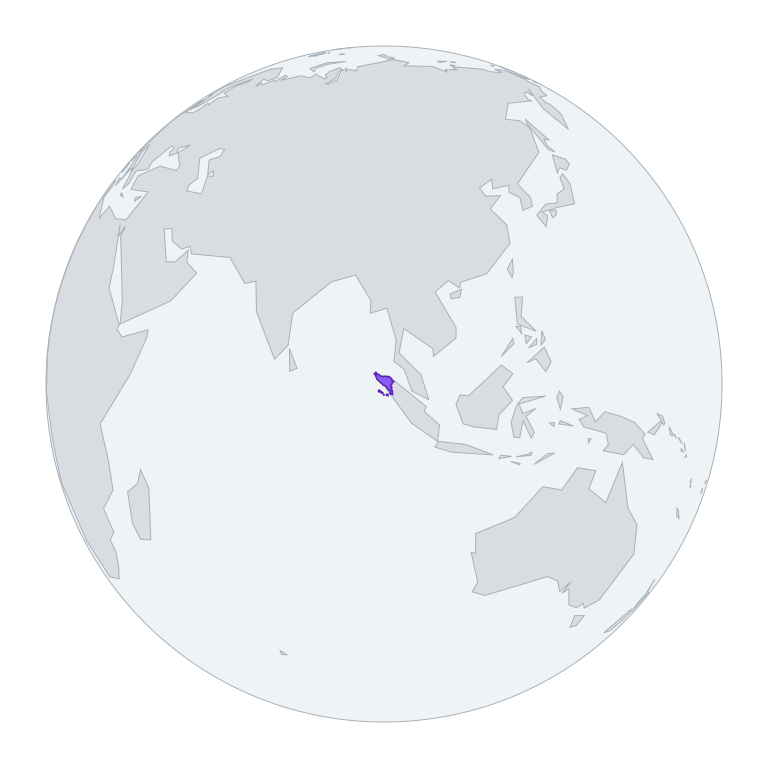 Aceh highlighted on a globe, orthographic projection
{"feature_id": "IDN-1136", "entity_name": "Aceh", "entity_type": "Autonomous Province", "adm_level": 1, "iso_a3": "IDN", "parent_name": "Indonesia", "parent_adm1": "", "projection": "orthographic", "projection_center": [96.646, 3.962], "detail": "fine", "context": "on_globe", "style": "filled", "palette": "violet", "viewbox_px": 768, "rotation_deg": 0, "n_neighbors": 0, "source": "natural_earth", "source_scale": "10m", "svg_char_len": 11864}
<svg xmlns="http://www.w3.org/2000/svg" viewBox="0 0 768 768"><circle cx="384" cy="384" r="338" fill="#eef3f6" stroke="#a8b0b8"/><path d="M706.5,479.9L705.9,482.3L705.7,482.6L706.5,479.9ZM528.1,78.3L522.6,75.9L520.0,74.6L528.1,78.3ZM513.4,71.8L507.8,69.7L498.7,66.1L513.4,71.8ZM552.4,91.0L551.0,90.2L550.4,89.9L552.4,91.0ZM537.2,83.0L533.2,81.3L535.3,82.0L537.2,83.0ZM529.7,79.7L520.2,76.6L526.0,79.7L504.5,70.3L519.6,75.4L521.3,75.5L524.5,77.3L529.7,79.7ZM494.1,66.2L490.2,65.0L492.2,65.3L494.1,66.2ZM112.5,182.9L115.7,180.4L114.6,183.0L103.7,197.8L99.0,218.4L109.6,206.2L115.6,218.6L126.1,219.7L148.1,192.0L130.9,189.4L138.1,175.8L160.1,166.2L176.6,170.5L179.9,165.4L178.0,152.8L190.5,144.9L178.4,148.0L176.8,153.3L169.2,155.9L170.1,151.4L174.5,148.4L172.0,145.7L151.7,162.1L148.0,169.2L136.1,171.1L128.7,183.6L122.4,189.0L132.5,170.1L138.1,163.5L149.7,144.4L142.6,151.2L131.3,170.2L130.9,168.5L121.3,179.5L128.3,169.8L142.6,148.9L137.6,152.7L137.0,153.4L170.2,122.3L181.2,114.0L183.2,113.3L200.6,101.3L204.0,99.8L192.7,107.0L186.0,112.3L192.5,112.9L197.3,110.6L208.1,103.2L208.6,105.0L218.2,97.9L228.0,96.4L224.1,92.9L236.7,85.8L249.3,81.4L252.8,78.8L232.2,86.4L224.6,90.2L219.2,94.3L198.0,106.3L193.1,108.1L212.7,94.4L207.9,96.1L225.3,86.1L270.2,69.3L282.6,67.7L277.1,77.7L267.1,81.0L264.1,78.7L255.5,86.6L261.6,83.1L262.0,85.1L274.1,80.3L275.0,81.6L285.2,75.3L287.5,76.4L281.0,80.4L301.0,75.7L309.3,77.8L313.4,76.2L315.4,74.0L324.5,78.9L327.2,77.7L325.2,75.4L329.2,71.8L339.7,67.6L342.3,69.5L338.8,71.2L335.5,78.5L325.9,83.7L328.0,84.2L336.9,80.2L341.0,71.2L346.7,68.3L346.2,72.0L346.8,70.4L350.4,69.6L356.4,70.9L357.6,66.8L393.7,59.6L408.8,62.6L404.3,65.9L432.3,66.4L447.2,72.0L445.3,69.6L457.5,69.7L453.0,67.8L453.0,66.8L482.1,69.1L490.9,71.9L501.4,72.4L500.4,71.5L494.5,69.2L504.5,70.3L526.0,79.7L527.0,81.1L539.7,86.9L540.4,89.8L546.7,95.7L540.0,97.0L545.7,102.5L550.0,104.3L561.0,113.9L568.4,129.3L543.2,108.6L528.3,88.9L532.7,95.6L526.0,92.0L524.0,93.5L527.7,99.1L531.6,100.9L508.1,103.3L505.4,119.3L519.5,120.6L529.6,127.6L538.9,152.3L517.4,183.8L530.7,197.9L532.4,206.4L522.8,210.3L520.0,197.8L509.1,192.2L509.0,185.1L492.7,188.9L491.8,179.1L479.5,187.8L485.7,196.2L500.4,195.7L490.1,208.8L506.7,224.9L510.0,243.2L486.7,273.8L460.9,282.1L459.6,288.1L448.6,280.5L435.0,291.8L456.2,327.9L455.9,338.2L433.5,356.4L432.8,348.7L403.8,328.5L399.0,352.9L421.0,374.6L428.6,399.5L411.9,391.0L404.1,369.2L393.9,361.4L396.2,340.0L386.9,308.2L370.1,313.3L371.0,300.8L355.6,275.0L331.2,281.9L292.7,313.2L288.0,345.4L274.5,359.1L256.5,311.8L255.9,281.1L244.7,283.4L230.1,257.5L191.4,253.9L190.1,246.1L181.9,249.2L172.3,241.0L171.9,228.6L164.2,228.9L166.3,261.9L175.1,261.9L188.3,250.1L186.8,261.9L196.6,273.3L170.7,300.9L120.1,323.9L122.3,299.8L120.7,235.1L124.7,228.4L125.0,227.6L125.4,226.2L117.9,237.0L120.1,225.0L113.3,268.6L109.0,287.7L119.3,325.3L116.6,328.9L122.0,337.0L148.1,329.8L146.7,337.8L130.0,374.5L100.1,424.0L108.2,459.7L113.1,489.9L103.6,508.5L113.8,532.0L110.2,539.5L116.2,552.8L118.6,566.3L119.2,578.6L110.1,577.1L102.2,564.9L86.5,540.6L61.5,482.7L56.0,457.1L52.1,436.8L46.4,391.4L47.1,367.2L47.4,356.7L47.1,358.3L49.7,334.7L54.0,311.4L59.9,288.5L67.4,266.0L76.4,244.1L87.0,222.8L99.0,202.4L112.5,182.9ZM186.7,190.9L201.4,193.9L207.4,176.1L213.5,176.2L213.3,170.6L207.7,174.9L209.1,160.2L220.0,156.5L224.6,149.6L219.9,148.4L199.8,158.0L197.7,178.5L189.0,184.9L186.7,190.9ZM181.3,113.6L180.2,114.5L176.7,117.1L181.3,113.6ZM342.5,48.6L335.6,49.6L333.4,49.9L342.5,48.6ZM352.9,47.5L346.0,48.2L346.9,48.1L352.9,47.5ZM119.6,177.8L119.9,178.6L121.7,178.2L115.7,185.7L119.6,177.8ZM128.9,163.5L130.0,162.7L122.4,172.0L122.2,171.6L128.9,163.5ZM137.2,154.9L130.7,161.9L134.0,157.9L137.2,154.9ZM194.5,106.2L196.5,105.5L194.2,107.2L190.1,109.8L194.5,106.2ZM308.2,56.8L310.7,55.7L312.9,55.3L323.4,52.6L326.6,52.7L321.4,54.3L308.2,56.8ZM141.5,196.3L134.6,201.2L134.7,198.4L137.0,197.2L141.5,196.3ZM121.7,192.8L123.1,197.0L120.0,194.8L121.7,192.8ZM313.3,56.3L317.3,55.1L316.4,56.0L313.3,56.3ZM329.4,52.7L329.4,53.4L328.2,52.4L329.4,52.7ZM280.1,650.6L287.0,654.7L281.9,654.7L280.1,650.6ZM148.8,488.1L150.8,539.9L140.7,539.3L132.6,523.5L127.6,491.9L137.4,483.8L140.5,469.8L148.8,488.1ZM510.6,461.3L520.1,463.4L519.6,464.9L510.6,461.3ZM500.7,455.2L511.7,456.4L498.7,458.6L500.7,455.2ZM516.0,456.8L527.2,454.5L532.0,452.2L531.0,455.4L516.0,456.8ZM493.2,454.9L451.5,452.2L434.9,447.1L438.9,441.5L465.9,444.5L493.2,454.9ZM437.6,441.3L412.0,423.7L376.1,375.0L388.9,376.4L426.3,406.6L424.0,411.4L439.5,425.0L437.6,441.3ZM499.1,414.7L496.5,429.5L473.7,426.9L463.2,423.9L456.0,404.4L460.1,394.9L468.7,395.7L501.4,365.1L512.9,373.7L503.1,386.8L512.5,400.3L499.1,414.7ZM289.4,348.5L297.1,368.4L289.7,371.2L289.4,348.5ZM514.0,343.4L501.2,356.6L512.7,338.6L514.0,343.4ZM520.5,326.4L521.6,333.5L516.0,326.3L520.5,326.4ZM459.8,297.5L450.7,298.6L450.2,293.8L461.5,289.5L459.8,297.5ZM512.4,259.1L513.3,273.0L512.0,277.6L507.3,268.9L512.4,259.1ZM345.7,61.5L327.5,64.4L316.6,68.0L313.6,71.8L310.0,68.4L326.9,62.8L345.7,61.5ZM387.4,59.2L389.9,57.0L394.0,57.9L394.0,58.6L387.4,59.2ZM385.3,57.9L378.6,55.6L383.4,54.4L387.7,56.4L385.3,57.9ZM345.3,54.0L339.7,54.7L340.6,53.8L345.3,54.0ZM631.0,609.4L630.2,612.3L620.9,621.5L610.0,630.6L603.7,632.9L631.0,609.4ZM570.0,627.3L574.7,615.7L584.4,615.6L576.1,625.5L570.0,627.3ZM638.2,602.5L646.7,592.5L654.8,579.2L647.9,591.5L648.7,592.7L631.4,611.7L638.2,602.5ZM547.9,576.5L484.8,595.5L472.1,591.8L477.8,582.3L471.2,552.5L475.5,553.3L475.8,533.5L514.5,517.6L543.0,486.7L561.7,490.0L577.5,467.7L595.9,470.8L588.8,488.8L605.9,502.7L622.4,462.4L627.9,507.8L637.0,525.1L633.8,554.1L599.3,599.9L584.1,608.1L583.4,603.3L576.5,607.7L568.9,604.9L569.0,588.8L562.0,593.2L570.8,581.9L559.7,591.6L557.8,581.3L547.9,576.5ZM676.9,508.3L678.3,509.9L679.0,518.4L676.8,516.4L676.9,508.3ZM702.5,488.2L701.9,492.1L700.9,492.7L702.5,488.2ZM705.7,482.6L704.6,483.7L706.5,479.9L705.7,482.6ZM690.5,483.8L690.8,486.8L690.0,487.6L690.5,483.8ZM690.0,482.7L691.7,478.4L690.8,482.9L690.0,482.7ZM684.9,457.0L686.3,454.9L686.6,456.7L684.9,457.0ZM534.0,464.4L547.6,453.6L554.6,453.1L534.0,464.4ZM683.7,451.8L680.8,450.9L681.3,448.6L683.7,451.8ZM684.4,446.3L684.4,442.9L685.5,451.1L684.4,446.3ZM679.1,437.9L682.5,444.4L678.7,438.6L679.1,437.9ZM676.8,438.4L674.2,435.4L674.4,434.4L676.8,438.4ZM642.3,438.3L652.9,459.4L643.5,457.7L633.3,444.2L623.8,454.6L603.2,450.8L608.4,444.2L606.0,433.2L583.7,426.9L579.2,419.6L587.5,415.6L572.3,408.9L588.9,407.2L595.4,422.0L604.7,411.7L620.0,416.0L634.3,422.3L645.1,434.3L642.3,438.3ZM588.4,438.5L591.2,438.8L588.5,442.8L588.4,438.5ZM669.0,426.6L672.9,434.2L672.3,435.9L670.3,434.5L669.0,426.6ZM647.8,432.2L659.7,421.9L662.3,422.5L654.3,434.9L647.8,432.2ZM657.1,413.8L662.4,416.2L664.9,423.3L663.8,425.0L657.1,413.8ZM554.5,422.5L553.8,426.4L549.3,423.0L554.5,422.5ZM560.3,420.6L573.5,426.0L559.0,423.9L560.3,420.6ZM518.9,404.0L523.0,413.6L535.8,408.5L526.0,416.4L534.4,432.4L531.3,438.0L523.1,420.7L519.7,437.7L513.9,437.1L511.1,422.1L517.0,404.6L522.7,397.6L545.7,396.1L518.9,404.0ZM560.3,409.2L556.8,398.1L559.4,391.1L563.2,397.1L560.3,409.2ZM545.8,371.6L535.8,358.7L527.1,362.7L544.3,347.0L551.1,361.9L545.8,371.6ZM536.7,344.3L528.6,347.9L536.7,338.7L536.7,344.3ZM526.3,343.7L525.0,335.2L531.6,336.8L526.3,343.7ZM541.0,344.9L541.8,330.8L545.5,339.4L541.0,344.9ZM521.1,316.5L536.0,331.1L517.4,324.0L514.7,297.2L522.5,297.1L521.1,316.5ZM552.6,217.7L549.6,210.8L556.1,210.0L556.4,214.9L552.6,217.7ZM574.6,203.8L556.9,207.6L542.2,212.1L547.7,215.6L546.1,226.8L536.8,215.3L545.7,204.0L557.2,202.9L557.1,193.9L564.3,188.9L559.9,177.7L562.4,173.6L570.0,183.8L574.6,203.8ZM557.4,173.0L552.3,154.8L565.4,159.2L569.4,164.1L566.3,170.4L559.6,167.6L557.4,173.0ZM554.9,152.0L548.3,149.5L526.9,123.6L525.6,119.5L548.9,139.9L543.9,138.9L546.8,144.9L554.9,152.0ZM492.4,66.1L490.4,65.1L494.2,66.5L492.4,66.1ZM450.2,65.9L450.9,64.7L455.3,65.9L450.2,65.9ZM455.2,62.6L449.7,62.0L454.4,61.8L455.2,62.6ZM437.7,61.3L447.0,61.4L439.6,62.5L437.7,61.3Z" fill="#d9dde1" stroke="#a8b0b8" stroke-width="1"/><path d="M392.6,394.5L391.9,394.1L391.7,394.0L391.3,394.1L391.2,394.1L390.9,394.0L390.8,393.9L390.5,394.0L390.5,393.9L390.2,393.5L390.0,393.3L390.0,393.1L390.0,392.5L389.9,391.6L389.7,390.6L389.6,390.4L389.2,390.3L388.9,390.2L388.6,390.1L388.0,389.5L387.9,389.3L387.9,389.1L387.8,388.6L387.7,388.4L387.3,388.3L387.2,388.2L386.2,386.6L385.6,386.1L385.5,385.9L385.4,385.7L385.2,385.5L385.0,385.4L384.8,385.3L384.7,385.3L383.5,385.3L383.3,385.2L383.0,385.1L382.7,384.8L381.8,383.6L381.4,383.2L381.1,382.9L380.9,383.0L380.6,382.6L380.4,382.5L380.3,382.4L379.6,381.7L379.1,381.2L378.8,380.9L378.6,380.6L378.2,380.4L377.9,380.1L377.7,380.0L377.6,379.9L377.4,379.7L377.2,379.3L377.1,379.1L376.9,379.0L376.8,378.9L376.8,378.7L376.7,378.5L376.7,378.4L376.6,378.1L376.4,377.7L376.2,377.4L376.1,377.2L376.1,376.9L376.0,376.7L375.9,376.6L375.7,376.3L375.7,376.2L375.6,375.9L375.8,375.5L375.8,375.4L375.7,375.2L375.8,375.2L375.7,375.0L375.7,374.9L375.5,374.7L375.8,374.5L376.0,374.5L376.3,374.3L376.5,374.2L376.8,374.0L377.0,374.0L377.3,374.3L377.5,374.2L377.9,374.2L378.8,374.5L379.3,374.8L379.5,374.8L379.6,375.0L379.8,375.4L380.5,376.0L380.9,376.2L381.9,376.4L382.3,376.6L382.6,376.6L382.9,376.5L383.3,376.6L383.5,376.7L384.0,376.6L384.8,376.3L385.1,376.2L385.5,376.3L385.9,376.3L386.3,376.4L386.5,376.5L387.0,376.7L387.1,376.9L387.4,377.0L387.7,377.0L389.0,376.4L390.0,377.4L391.0,378.2L391.2,378.4L391.3,378.4L391.4,378.5L391.7,379.0L391.8,379.6L391.9,379.8L392.0,380.0L391.9,380.5L392.1,380.5L392.3,380.5L392.5,380.6L392.8,380.6L393.0,380.8L393.4,381.1L393.6,381.3L393.6,381.6L393.5,382.1L393.0,382.0L392.8,382.1L392.7,382.2L392.4,382.3L392.4,382.5L392.2,383.0L392.1,383.6L392.0,383.9L391.9,384.0L391.6,384.2L391.6,384.4L391.4,384.4L391.3,384.7L391.2,384.8L390.7,385.2L390.7,385.3L390.7,385.5L390.8,385.7L390.9,385.8L391.0,386.2L391.1,386.3L391.3,386.5L391.4,386.8L391.5,386.8L391.4,387.0L391.5,387.2L391.6,387.3L391.8,387.5L391.8,387.9L391.7,388.0L391.3,388.1L391.2,388.1L391.3,388.4L391.4,388.5L391.5,388.6L391.6,388.8L391.6,389.0L391.4,389.2L391.4,389.3L391.5,389.8L391.4,390.0L391.5,390.2L391.8,390.3L392.0,390.6L392.3,390.7L392.3,390.8L392.3,391.0L392.2,391.1L392.3,391.2L392.3,391.4L392.4,391.5L392.2,391.7L392.2,391.8L392.1,392.0L392.2,392.5L392.3,392.9L392.5,393.0L392.7,393.4L392.7,393.6L392.6,394.5ZM383.0,393.1L383.0,393.3L382.9,393.5L382.7,393.5L382.4,393.4L382.3,393.5L382.2,393.5L382.0,393.4L382.1,393.2L381.9,393.0L381.6,392.9L380.6,392.2L380.4,392.1L380.1,392.0L380.0,391.9L379.9,392.0L379.7,392.0L379.5,391.9L379.4,391.7L379.0,391.7L378.9,391.7L379.0,391.5L379.0,391.4L378.8,391.3L378.8,391.2L378.6,391.1L378.4,391.0L378.4,390.9L378.4,390.7L378.5,390.6L378.8,390.6L378.8,390.4L378.9,390.2L379.0,390.0L379.5,390.2L379.7,390.4L379.5,390.6L379.8,390.6L380.0,390.7L380.1,390.9L380.2,391.0L380.4,391.0L380.7,391.1L380.8,391.2L381.0,391.4L380.8,391.6L381.0,391.7L381.1,391.8L381.2,391.7L381.6,392.0L381.9,392.2L382.1,392.2L382.2,392.3L382.3,392.5L382.4,392.8L382.5,392.8L382.5,392.5L382.8,392.7L382.9,393.0L383.0,393.1ZM388.0,394.5L388.1,394.9L388.1,395.2L388.1,395.3L388.0,395.2L387.9,395.2L387.7,395.0L387.3,394.5L386.7,394.3L386.8,394.2L387.1,394.2L387.2,394.3L387.3,394.3L387.5,394.2L387.8,394.3L387.7,394.3L387.9,394.5L388.0,394.5ZM376.4,372.6L376.6,372.9L376.6,373.1L376.4,373.0L376.4,373.3L376.1,373.2L375.9,373.1L375.8,372.8L375.7,372.7L375.8,372.5L376.0,372.8L376.2,372.6L376.3,372.6L376.4,372.6ZM375.0,373.7L375.1,373.8L374.9,373.8L374.7,374.0L374.7,373.9L374.7,373.7L374.4,373.5L374.5,373.4L374.8,373.5L375.1,373.7L375.0,373.7ZM387.0,395.2L386.8,395.3L386.8,395.5L386.7,395.5L386.5,395.1L386.7,394.9L386.8,394.9L386.9,395.0L387.0,395.2ZM375.3,374.0L375.5,374.3L375.3,374.3L375.2,374.3L375.0,374.2L375.3,374.0ZM383.9,394.8L384.1,394.9L384.2,395.0L383.9,395.2L383.8,394.9L383.9,394.8Z" fill="#8b5cf6" stroke="#5b21b6" stroke-width="1.5"/></svg>